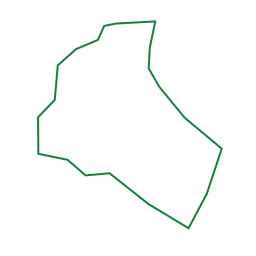 Kerċem, orthographic projection, rotated 265°
{"feature_id": "MLT-5981", "entity_name": "Kerċem", "entity_type": "state/province", "adm_level": 1, "iso_a3": "MLT", "parent_name": "Malta", "parent_adm1": "", "projection": "orthographic", "projection_center": [14.218, 36.038], "detail": "fine", "context": "isolated", "style": "outline", "palette": "green", "viewbox_px": 256, "rotation_deg": 265, "n_neighbors": 0, "source": "natural_earth", "source_scale": "10m", "svg_char_len": 404}
<svg xmlns="http://www.w3.org/2000/svg" viewBox="0 0 256 256"><g transform="rotate(265 128 128)"><path d="M99.2,219.6L55.5,200.7L22.9,179.6L50.4,141.8L84.5,105.7L84.5,81.6L101.6,65.0L110.1,36.4L146.6,39.4L162.4,57.5L196.5,63.5L211.1,83.1L218.4,105.7L231.8,113.2L233.1,125.2L231.8,164.4L206.3,156.8L185.6,153.8L166.1,162.9L133.2,185.4L99.2,219.6Z" fill="none" stroke="#15803d" stroke-width="2"/></g></svg>